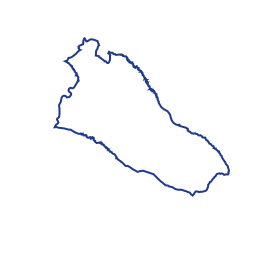 Porumbacu De Jos, Sibiu, Romania, rotated 322°
{"feature_id": "2599482B59458077641346", "entity_name": "Porumbacu De Jos", "entity_type": "district", "adm_level": 2, "iso_a3": "ROU", "parent_name": "Romania", "parent_adm1": "Sibiu", "projection": "robinson", "projection_center": [24.517, 45.696], "detail": "fine", "context": "isolated", "style": "outline", "palette": "blue", "viewbox_px": 256, "rotation_deg": 322, "n_neighbors": 0, "source": "geoboundaries", "source_scale": "gbopen_adm2", "svg_char_len": 5774}
<svg xmlns="http://www.w3.org/2000/svg" viewBox="0 0 256 256"><g transform="rotate(322 128 128)"><path d="M146.4,223.5L150.3,225.3L152.2,225.2L155.2,223.4L156.2,222.1L158.6,221.5L159.1,221.0L160.1,221.4L163.9,220.3L165.6,220.2L166.1,219.7L167.4,219.9L168.4,219.4L169.9,219.0L172.1,220.0L172.5,221.0L173.3,221.1L174.5,222.2L174.9,224.2L176.5,224.7L178.2,226.2L179.5,225.6L179.8,224.6L181.2,224.0L183.1,219.4L183.0,216.3L183.7,214.1L183.5,213.1L183.9,209.5L184.6,207.7L184.2,206.6L184.8,204.9L184.6,203.6L185.3,202.7L184.5,202.0L184.7,201.2L184.2,199.2L184.5,198.2L183.7,197.8L183.6,197.0L183.1,196.5L183.9,195.8L184.1,194.8L183.3,193.5L183.3,191.6L182.5,190.4L182.9,188.4L182.6,187.7L182.9,186.9L182.3,185.7L182.9,183.1L182.7,182.8L182.2,182.7L181.0,181.4L180.9,180.8L181.2,180.3L180.7,178.4L179.1,177.4L178.9,175.6L178.0,174.6L178.0,174.1L177.4,173.4L176.0,172.7L175.8,172.1L175.3,171.9L174.9,171.3L174.5,170.0L174.7,169.3L173.6,167.9L173.9,167.2L173.6,166.6L174.5,165.7L174.1,165.2L174.3,164.9L174.2,164.0L169.9,158.0L170.5,157.3L170.4,156.9L169.2,156.5L168.0,154.8L167.0,151.9L167.1,149.0L168.5,145.2L169.3,143.6L169.5,140.9L169.4,138.9L167.9,135.5L167.4,133.5L167.1,132.1L167.2,131.0L167.7,126.9L168.5,126.2L168.4,125.7L168.8,124.7L168.8,123.7L169.3,123.5L169.8,122.8L169.6,122.0L169.8,121.8L169.5,121.6L170.3,120.5L170.4,120.2L170.1,120.2L170.3,119.9L170.2,119.7L171.0,119.1L170.7,118.8L170.9,118.3L170.6,118.2L170.7,116.5L170.5,116.3L170.9,116.2L170.8,115.9L171.3,115.5L171.2,115.2L171.3,114.8L170.3,114.2L170.5,113.9L170.2,113.9L170.7,113.1L170.2,113.0L170.5,112.7L170.1,112.5L169.9,111.7L169.5,111.8L169.6,111.3L169.9,111.2L169.4,110.9L169.8,110.9L169.7,109.8L170.6,108.6L170.2,108.1L170.4,108.0L170.2,107.4L170.5,107.2L170.5,106.5L170.2,105.6L170.5,105.1L171.0,104.9L170.8,104.5L171.1,104.4L170.6,104.2L170.4,103.5L171.4,103.0L171.2,102.6L171.8,102.5L171.5,102.4L171.8,102.2L171.6,102.0L171.6,101.6L171.8,101.6L171.3,101.3L172.2,100.4L171.9,100.0L171.9,99.3L171.7,99.3L172.0,99.1L172.0,98.5L172.3,98.5L172.0,97.6L172.6,96.4L172.2,95.8L172.6,95.7L172.7,95.4L172.5,95.1L172.7,93.8L173.1,93.7L172.8,93.2L172.9,92.6L173.4,92.4L173.4,91.9L173.1,91.7L173.4,91.7L173.4,91.2L172.8,90.9L173.0,90.3L172.7,89.8L172.4,89.9L172.6,89.7L172.3,89.5L172.5,88.8L172.3,88.6L172.6,88.3L172.3,88.0L172.8,87.8L172.6,86.9L173.0,86.8L172.6,86.4L172.4,85.8L172.7,85.2L172.4,85.2L172.4,84.8L171.9,84.9L172.0,84.7L171.7,84.7L171.9,84.5L170.8,84.2L170.7,83.9L170.5,84.1L170.3,83.7L170.8,83.6L170.9,82.8L170.4,82.3L171.5,80.8L171.5,80.3L171.0,79.8L171.4,79.5L171.2,79.2L171.4,79.0L171.1,78.9L171.2,78.6L171.0,78.2L170.2,78.1L170.3,77.7L169.9,77.5L170.0,77.1L169.8,77.0L170.1,76.6L169.4,75.8L169.4,75.6L170.0,75.9L169.7,75.2L170.3,74.9L169.9,74.3L169.9,73.9L169.6,73.6L170.3,73.1L169.9,72.8L170.3,72.3L170.2,71.9L170.6,71.7L170.7,71.3L170.5,70.2L169.3,69.4L169.1,68.7L168.4,68.3L168.3,67.3L168.7,67.0L167.9,66.2L167.9,65.8L167.1,65.7L166.5,64.8L163.8,63.2L163.2,62.4L163.3,61.9L162.3,61.0L162.1,59.5L161.8,59.6L161.2,58.3L160.3,57.7L159.9,56.9L160.1,56.5L159.9,56.2L158.4,57.2L159.0,58.6L158.8,59.7L158.5,59.7L155.9,63.1L153.3,64.6L152.2,64.5L151.7,64.0L151.5,61.7L150.6,61.1L150.7,60.3L149.5,56.1L149.6,55.7L148.9,54.5L149.2,53.3L147.2,51.1L150.5,47.5L152.9,46.7L153.7,45.9L155.8,44.8L156.1,44.9L156.2,44.1L156.7,43.6L156.9,42.2L157.5,40.8L155.4,37.3L153.2,35.1L149.3,34.6L148.6,34.3L148.5,33.9L148.8,32.1L148.9,30.8L149.1,30.1L149.0,29.8L148.9,30.4L146.6,31.7L144.3,34.3L140.4,33.3L138.9,33.5L138.8,34.0L138.3,34.5L138.5,34.8L138.1,35.0L137.8,34.7L138.3,35.5L137.7,36.5L138.2,37.1L136.4,36.9L132.7,37.5L127.6,37.5L125.7,37.0L124.3,36.2L121.4,37.6L120.9,37.1L119.6,36.7L120.3,38.2L120.6,39.5L121.3,40.4L121.2,42.2L121.6,42.9L121.2,43.7L122.0,44.9L121.4,45.5L121.3,46.9L121.0,47.0L121.0,48.1L121.4,48.3L121.4,48.9L121.1,49.3L121.2,50.2L120.8,50.7L120.8,52.3L121.2,52.9L121.0,53.7L120.3,54.0L120.4,54.4L120.1,54.4L120.3,54.7L119.8,54.8L120.2,55.1L120.2,55.7L120.0,56.3L120.2,57.0L120.0,57.6L118.8,58.7L118.5,59.4L117.9,59.7L118.4,59.9L118.2,60.4L116.2,60.7L110.3,62.9L108.7,62.6L108.3,62.3L107.8,61.2L107.2,60.8L105.6,60.8L104.4,61.6L104.0,62.6L104.0,63.4L104.5,65.0L104.1,66.1L103.8,66.7L101.9,67.3L100.6,67.3L98.8,66.4L98.4,64.1L97.0,62.9L95.9,62.8L94.4,63.2L91.0,66.1L88.1,67.3L87.4,68.1L85.7,70.8L83.4,73.9L82.4,75.1L80.7,76.7L79.6,77.2L78.2,77.0L77.3,77.4L76.7,80.6L76.4,80.9L75.2,81.2L72.9,81.2L70.7,82.3L71.0,82.5L71.5,82.2L73.2,84.7L77.6,89.2L80.2,92.7L81.7,93.9L83.4,98.5L85.4,102.0L86.5,103.0L87.4,103.3L87.3,104.2L87.8,104.2L87.7,104.7L88.3,105.1L88.8,105.0L88.4,106.5L89.4,107.2L89.9,107.1L90.7,108.0L90.5,108.8L90.1,109.0L89.9,109.5L90.5,111.2L92.5,111.8L92.3,112.7L94.3,113.3L94.1,113.8L93.5,114.0L94.7,114.3L94.9,114.9L93.6,116.2L93.6,117.1L94.1,117.8L93.7,118.1L93.6,119.0L94.2,120.7L96.5,121.7L96.6,121.9L96.3,122.0L96.8,122.5L97.1,122.5L96.8,122.8L96.9,123.2L97.7,123.1L97.8,123.5L97.6,123.6L97.8,123.6L97.8,124.0L98.0,124.1L97.6,124.7L97.8,124.9L97.7,125.2L98.3,125.6L98.6,126.1L98.1,126.8L98.5,127.6L98.3,128.3L98.9,129.5L98.5,130.0L98.8,130.2L98.6,130.4L99.4,131.3L99.4,131.7L98.7,132.5L99.2,132.8L98.8,132.9L98.6,133.3L99.4,134.4L99.7,135.3L99.3,135.8L100.3,137.0L100.0,137.6L100.2,138.7L101.3,140.5L101.0,144.2L100.4,144.2L100.0,144.6L100.6,145.2L101.2,148.5L101.8,149.7L101.7,150.5L102.2,151.4L102.7,156.2L103.3,157.0L104.5,157.7L105.8,161.2L106.2,162.9L108.5,168.4L111.9,169.9L113.7,171.1L119.6,180.0L120.9,189.9L121.6,192.3L121.8,194.2L122.2,194.8L122.2,196.1L124.2,198.1L124.4,199.4L126.5,201.8L127.7,205.2L128.5,206.3L130.3,208.3L131.2,208.7L132.5,210.0L134.0,212.5L134.6,213.1L135.9,215.6L136.8,216.6L136.9,219.1L137.4,221.0L138.8,220.8L141.4,219.8L142.5,219.8L143.3,220.4L144.5,222.2L145.7,222.7L146.4,223.5Z" fill="none" stroke="#1e3a8a" stroke-width="2"/></g></svg>